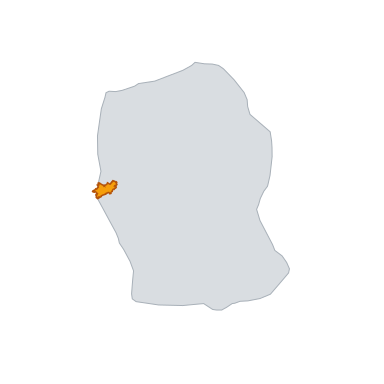 Manka, Leribe, Lesotho shown in context, rotated 300°
{"feature_id": "5366337B27297723813", "entity_name": "Manka", "entity_type": "district", "adm_level": 2, "iso_a3": "LSO", "parent_name": "Lesotho", "parent_adm1": "Leribe", "projection": "orthographic", "projection_center": [27.816, -28.974], "detail": "fine", "context": "in_parent", "style": "filled", "palette": "amber", "viewbox_px": 384, "rotation_deg": 300, "n_neighbors": 0, "source": "geoboundaries", "source_scale": "gbopen_adm2", "svg_char_len": 5097}
<svg xmlns="http://www.w3.org/2000/svg" viewBox="0 0 384 384"><g transform="rotate(300 192 192)"><path d="M245.3,251.3L235.9,254.2L234.6,254.5L228.6,253.8L220.5,254.4L214.2,256.0L209.3,256.6L201.3,265.1L186.7,288.1L182.8,293.0L181.7,302.0L178.3,309.2L174.2,314.8L170.2,316.1L158.1,313.9L142.7,311.0L133.7,304.1L125.7,294.9L121.4,288.3L117.0,284.6L115.5,282.6L109.2,279.5L106.8,278.0L104.7,276.8L102.1,272.4L100.6,268.6L101.2,257.9L96.7,251.5L89.0,240.7L84.1,231.7L77.5,219.6L73.4,209.2L69.1,198.4L69.6,193.7L73.6,190.6L85.3,185.0L94.5,180.8L101.0,173.0L108.1,161.5L111.5,154.6L115.0,151.4L118.8,146.5L125.4,135.7L132.8,123.7L140.7,110.8L150.7,107.1L164.4,102.8L177.6,91.5L193.3,82.1L218.7,71.9L230.5,69.3L235.0,67.9L237.8,69.8L240.8,75.7L245.1,80.7L255.0,89.4L259.2,91.5L269.4,104.3L280.3,113.1L292.9,123.3L301.4,128.4L305.8,129.8L309.3,138.8L312.9,145.5L314.9,151.7L314.4,157.7L310.2,172.4L304.2,187.4L299.5,193.6L293.8,197.5L288.2,203.4L285.9,215.4L283.2,229.6L276.0,235.4L270.3,239.2L262.5,243.8L245.3,251.3Z" fill="#d9dde1" stroke="#a8b0b8" stroke-width="1"/><path d="M160.0,123.6L160.1,123.4L160.3,123.3L160.7,123.3L160.8,123.3L160.8,123.2L160.9,122.8L161.0,122.7L161.7,122.4L161.6,122.2L161.8,122.1L162.1,122.1L162.4,122.2L162.5,122.2L162.8,121.9L162.9,121.6L162.7,121.6L162.5,121.3L162.6,121.2L162.4,121.1L162.3,120.9L162.4,120.7L162.5,120.6L162.6,120.2L162.7,119.9L162.7,119.5L162.6,119.4L162.3,119.1L162.2,119.0L162.2,118.9L162.2,118.6L162.4,118.1L162.3,117.8L162.0,117.8L161.7,117.9L161.4,117.7L161.4,117.8L159.7,117.7L159.3,117.3L159.2,117.2L158.7,117.3L158.3,117.4L158.1,117.4L157.7,116.9L157.7,116.7L157.6,116.4L157.7,116.1L157.7,115.9L157.7,115.6L157.8,115.4L157.8,115.2L157.7,115.0L157.7,114.7L157.7,114.3L157.7,114.2L157.4,114.3L157.2,114.5L156.9,114.6L156.4,114.3L156.2,114.2L155.9,114.1L155.7,114.0L155.4,114.0L155.2,113.9L154.9,113.8L154.8,113.7L154.7,113.7L154.5,113.2L154.4,113.0L154.2,112.8L153.9,112.8L153.8,112.7L153.7,112.6L153.4,113.0L153.4,112.7L153.1,112.7L153.3,112.3L153.6,112.0L153.6,111.7L153.6,111.3L153.4,111.1L153.3,110.9L153.3,110.7L153.4,110.3L153.4,110.1L153.4,109.8L153.4,109.5L153.4,109.3L153.4,108.9L153.4,108.7L153.5,108.1L153.6,107.5L153.6,107.4L153.4,107.3L153.2,107.1L153.2,106.6L153.0,106.3L152.9,106.3L152.7,106.3L152.5,106.5L152.5,106.8L152.6,107.1L152.4,107.2L152.1,107.4L151.8,107.7L151.7,107.8L151.6,107.7L151.3,107.3L151.2,107.1L151.0,106.7L150.9,106.6L150.7,106.4L150.6,106.5L150.6,107.0L150.8,107.3L150.8,107.5L150.7,107.5L150.5,107.4L150.3,107.5L150.2,107.6L150.0,107.8L149.7,108.1L149.5,108.4L149.4,108.5L149.2,108.5L148.9,108.4L148.7,108.2L148.3,108.0L148.1,108.0L147.8,108.2L147.3,108.2L146.9,107.9L146.7,107.8L146.7,107.7L146.8,107.4L146.8,107.1L146.6,107.0L146.2,107.1L145.9,106.9L145.7,106.9L145.1,106.8L144.8,106.7L144.7,106.4L144.4,106.2L144.2,106.1L143.8,105.9L143.7,105.8L143.6,105.7L143.4,105.6L143.1,105.6L142.8,105.6L142.7,105.6L142.6,105.8L142.7,106.1L142.7,106.3L142.7,106.7L142.8,107.0L143.0,107.5L143.3,107.4L143.5,107.5L143.8,107.7L144.0,108.0L143.9,108.5L143.9,108.9L143.7,109.1L143.6,109.4L143.5,109.6L143.3,109.8L143.1,109.9L143.0,110.1L143.5,110.4L143.5,110.5L143.4,110.7L143.3,110.9L143.3,111.0L143.0,111.0L142.5,111.0L142.3,111.0L142.1,111.0L142.0,110.9L142.0,110.7L141.7,110.3L141.5,110.5L141.8,110.8L141.9,111.0L141.6,111.1L141.4,110.9L141.1,110.6L140.8,110.9L140.7,111.3L140.2,111.5L140.0,111.8L140.0,112.0L139.9,112.1L139.5,111.9L139.4,111.9L139.4,112.1L139.5,112.3L139.7,112.5L139.7,112.8L139.3,112.9L139.2,112.9L139.2,113.0L139.1,113.6L139.2,113.8L139.4,113.9L139.6,114.0L139.5,113.8L139.9,113.8L140.0,113.7L140.5,113.7L140.6,113.8L140.8,113.8L141.0,113.7L141.3,113.9L141.3,114.0L141.3,114.3L141.5,114.5L141.6,115.0L141.9,115.3L142.0,115.4L142.2,115.5L142.7,115.7L143.0,115.3L143.4,115.4L143.6,115.6L143.8,115.7L144.0,115.8L144.4,116.1L144.6,116.3L144.8,116.4L144.9,116.5L145.1,116.5L145.4,117.0L145.5,117.0L145.8,117.2L145.8,117.3L146.0,117.4L146.1,117.5L146.4,117.7L146.5,117.7L146.7,117.8L146.9,118.0L146.9,118.3L147.0,118.3L147.3,118.5L147.4,118.4L147.5,118.2L147.7,118.3L147.8,118.4L148.0,118.4L148.0,118.5L148.3,118.7L148.4,118.8L148.5,118.9L148.6,119.0L148.8,119.3L149.3,119.4L149.5,119.5L149.8,119.9L149.8,120.1L150.0,120.4L150.0,120.5L149.9,120.9L149.4,121.3L149.3,121.5L149.5,121.7L149.5,121.8L149.7,122.0L149.9,122.3L150.1,122.4L150.2,122.5L150.3,122.5L150.3,122.4L150.5,122.3L150.7,122.2L150.8,122.1L151.0,122.1L151.3,122.1L151.6,122.4L151.6,122.6L151.7,122.4L151.8,122.3L152.0,122.3L152.3,122.4L152.4,122.5L152.6,122.4L152.7,122.5L152.8,122.4L153.1,122.4L153.3,122.3L153.7,122.4L153.8,122.4L154.0,122.4L154.4,122.3L154.7,122.3L155.1,122.5L155.4,122.8L155.5,122.9L155.9,123.1L155.8,123.3L156.4,123.3L156.5,123.4L156.6,123.5L156.7,123.4L156.8,123.6L157.4,123.8L157.5,123.9L157.6,124.0L157.9,124.1L158.0,123.9L158.6,123.6L158.6,123.4L158.7,123.2L158.7,122.9L158.7,122.6L158.7,122.4L158.5,122.2L158.4,122.0L158.5,122.0L158.6,121.9L158.8,122.0L159.0,122.0L159.3,122.2L159.4,122.5L159.5,122.8L159.8,123.1L159.9,123.3L160.0,123.4L160.0,123.6Z" fill="#f59e0b" stroke="#b45309" stroke-width="1.5"/></g></svg>